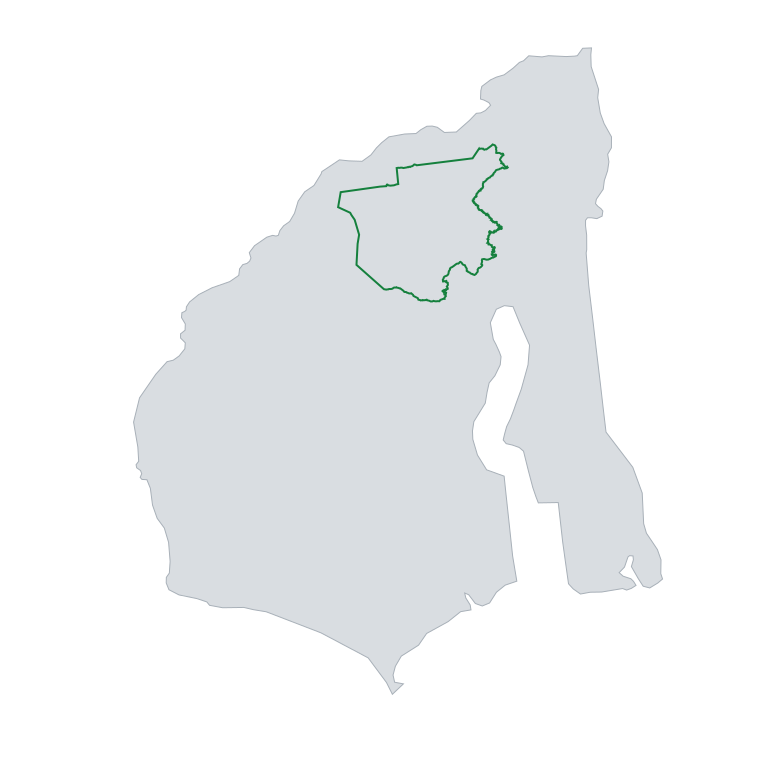 Goudiry, Tambacounda, Senegal shown in context, rotated 263°
{"feature_id": "50182788B18390590381778", "entity_name": "Goudiry", "entity_type": "district", "adm_level": 2, "iso_a3": "SEN", "parent_name": "Senegal", "parent_adm1": "Tambacounda", "projection": "natural_earth1", "projection_center": [-12.97, 13.973], "detail": "fine", "context": "in_parent", "style": "outline", "palette": "green", "viewbox_px": 768, "rotation_deg": 263, "n_neighbors": 0, "source": "geoboundaries", "source_scale": "gbopen_adm2", "svg_char_len": 9091}
<svg xmlns="http://www.w3.org/2000/svg" viewBox="0 0 768 768"><g transform="rotate(263 384 384)"><path d="M602.4,348.2L611.9,367.1L609.8,376.1L607.7,389.4L613.0,399.0L619.3,405.3L623.8,411.1L628.7,419.0L629.6,434.9L628.7,446.3L631.9,451.5L634.6,458.0L634.1,463.4L632.3,468.2L626.3,474.6L625.3,486.5L635.1,500.8L641.4,508.6L641.3,513.1L643.1,518.0L647.7,523.8L650.5,522.4L653.7,517.7L655.1,514.5L663.5,515.9L667.5,517.4L672.9,526.8L674.9,533.0L676.2,540.9L681.8,550.7L686.7,557.6L687.8,561.9L692.1,567.7L689.4,580.7L689.8,587.3L686.8,604.7L686.2,612.9L686.3,615.9L693.0,622.1L692.3,630.9L685.6,629.4L673.8,628.3L650.2,632.9L642.1,631.0L626.6,631.7L615.6,634.2L601.6,639.9L590.7,638.5L584.8,634.0L577.1,634.3L568.4,631.9L559.1,627.5L550.6,625.3L541.5,617.3L537.2,615.9L534.2,618.0L531.6,620.7L529.0,622.3L524.0,620.9L522.2,615.4L523.7,610.2L524.2,606.2L521.9,604.0L516.3,603.3L507.2,603.3L492.7,601.6L489.4,600.6L456.8,599.2L423.0,599.1L394.4,598.9L358.3,598.8L332.9,598.6L309.2,598.5L290.9,609.2L271.0,620.8L244.3,627.0L213.7,624.7L203.9,626.3L193.7,631.5L186.3,635.2L175.7,637.5L162.0,635.6L156.5,636.7L153.1,631.5L149.2,622.9L151.7,616.6L160.0,612.6L172.6,607.3L179.1,610.1L183.0,610.2L183.7,606.8L182.5,605.0L173.0,600.4L168.1,594.4L164.1,597.9L160.6,605.3L157.7,607.6L153.4,609.6L151.0,604.6L149.9,599.7L151.9,595.9L151.0,574.6L152.2,563.3L151.6,553.4L157.6,546.8L163.2,542.8L185.1,542.4L205.5,542.1L225.1,542.3L245.1,542.5L247.2,522.7L253.5,521.1L263.0,519.1L280.6,516.7L300.3,514.3L304.5,510.5L307.8,503.9L309.9,498.0L313.9,495.5L319.4,497.5L326.7,500.5L334.1,505.3L342.7,509.8L348.4,512.6L362.1,519.6L385.5,529.3L404.8,533.2L428.1,526.1L445.0,521.5L447.1,513.0L444.5,504.6L431.9,497.0L414.9,497.9L409.7,499.9L401.7,502.4L396.9,503.5L388.9,501.7L378.7,495.1L372.3,488.5L363.3,485.3L352.7,482.2L335.7,468.6L326.7,466.1L318.3,465.4L302.1,468.1L286.3,475.4L277.9,492.0L262.1,491.7L228.5,491.2L197.6,490.7L172.1,491.8L169.6,479.8L163.6,470.2L153.8,462.1L151.7,454.5L155.0,447.9L164.5,442.4L166.7,438.6L161.7,439.1L154.2,442.6L149.2,442.8L148.7,432.3L140.4,418.8L131.2,395.9L120.6,386.5L111.8,368.0L102.5,360.9L94.0,357.5L86.7,358.2L84.0,366.7L75.0,354.5L87.4,350.1L114.1,334.9L144.7,291.1L172.3,239.3L175.9,227.0L179.3,217.7L181.6,196.6L185.6,183.9L189.3,181.6L193.9,171.9L199.6,154.9L206.0,145.5L213.1,143.6L218.6,144.4L222.5,147.9L234.0,150.1L253.1,150.9L267.8,148.4L278.3,142.5L292.0,139.5L308.9,139.4L317.9,137.0L318.8,132.1L321.0,130.6L324.5,132.6L327.8,131.8L331.0,128.3L334.1,128.1L337.2,131.1L351.4,132.0L376.7,130.8L400.1,139.7L421.5,158.7L432.6,171.4L433.3,177.7L436.8,184.1L443.2,190.6L449.1,191.8L454.4,187.7L458.6,188.2L461.6,193.1L467.8,194.1L474.6,191.1L479.4,192.1L480.3,195.0L481.4,196.6L484.7,197.3L489.2,201.1L495.4,211.1L500.5,225.2L504.4,243.3L509.5,253.1L515.9,254.7L519.7,258.4L520.4,262.7L522.3,265.6L525.3,267.3L530.8,266.3L537.1,272.4L544.0,285.6L545.1,291.6L544.0,294.8L544.4,297.2L549.0,299.4L553.3,303.7L556.8,310.2L564.4,316.0L576.0,321.1L584.4,328.7L589.6,338.7L600.2,347.2L602.4,348.2Z" fill="#d9dde1" stroke="#a8b0b8" stroke-width="1"/><path d="M565.1,360.0L558.1,371.3L555.6,372.3L550.6,374.9L535.2,377.5L526.4,374.9L505.6,371.2L478.1,395.5L477.4,397.8L477.5,398.7L477.4,399.7L477.7,400.6L477.4,402.5L477.6,404.1L478.3,405.1L478.5,405.9L478.3,407.6L478.5,408.1L478.1,408.5L477.5,410.4L477.0,411.0L476.9,411.8L474.2,414.6L472.9,415.4L472.6,417.1L471.9,417.8L471.8,418.3L470.9,419.8L470.6,421.1L470.8,422.0L468.9,423.7L467.8,424.0L465.1,428.0L463.5,428.4L462.9,430.1L462.5,430.5L462.5,431.6L462.3,432.5L462.6,432.7L462.3,433.7L462.2,435.2L462.5,436.6L462.4,436.8L461.9,436.9L461.2,438.9L460.2,440.5L460.1,442.3L460.5,443.2L460.0,444.4L459.7,445.7L459.7,447.2L459.4,449.1L460.7,450.3L460.7,450.8L461.3,453.2L461.1,454.5L462.3,454.6L463.7,456.1L464.7,455.9L465.2,455.2L465.7,456.3L466.9,456.7L467.1,455.6L467.8,456.0L468.0,455.8L468.0,455.3L467.6,454.5L468.3,454.4L468.9,453.4L469.2,453.4L469.5,453.8L469.3,454.7L469.7,454.8L470.1,455.2L469.7,457.0L470.5,457.2L470.3,458.0L470.7,458.9L471.8,458.8L473.0,458.2L474.5,459.5L476.7,459.6L477.1,458.5L477.5,458.1L478.5,458.5L478.7,458.4L478.4,457.5L478.7,456.9L478.5,456.1L478.6,455.1L480.4,455.1L481.2,455.8L481.9,456.2L482.5,456.3L483.3,457.2L483.8,459.3L484.2,460.1L484.9,461.0L486.4,461.7L486.8,461.7L488.0,462.1L489.5,463.4L490.4,463.5L490.9,463.9L491.5,464.9L491.7,465.8L492.1,466.4L492.3,467.0L493.8,469.5L493.9,469.8L494.4,470.5L494.6,471.5L494.4,472.3L494.8,473.1L495.8,474.2L495.9,474.8L494.9,475.8L493.1,476.7L492.7,477.3L491.9,478.9L490.7,479.1L488.4,480.2L486.7,479.9L486.2,479.9L486.0,480.5L485.6,480.5L484.7,481.6L484.2,482.7L483.3,483.3L482.6,484.4L482.4,485.3L482.1,485.4L481.8,485.8L481.2,487.2L482.1,488.8L483.1,489.6L483.8,490.5L484.8,490.9L486.0,490.8L487.2,491.7L487.7,492.4L487.7,493.2L488.4,494.5L489.3,495.6L489.9,496.0L490.3,496.0L491.1,495.2L492.5,495.9L493.7,496.3L494.9,496.2L495.8,496.6L495.9,498.5L494.9,500.9L494.8,502.6L495.4,504.8L495.9,505.8L496.2,506.9L496.2,508.0L496.6,508.7L497.2,510.6L498.3,511.0L498.9,510.6L498.9,508.5L498.4,507.5L499.2,506.7L499.3,506.7L499.1,507.5L499.4,507.8L501.8,507.4L501.8,508.2L501.6,509.3L501.9,509.7L502.6,509.5L503.3,509.7L503.6,509.6L503.6,508.2L503.9,508.2L504.8,509.9L505.8,510.6L506.4,510.4L506.5,510.2L506.1,508.6L507.1,507.7L508.6,507.9L508.9,506.9L509.8,505.8L509.8,505.6L510.0,505.5L509.7,505.0L509.8,504.7L510.2,504.7L510.7,505.0L511.5,504.8L511.6,503.9L512.6,504.7L513.0,504.6L513.6,504.8L514.5,504.9L515.0,504.5L515.1,505.2L515.6,504.9L516.8,505.6L517.0,505.5L517.4,505.7L517.6,505.5L518.1,505.5L519.0,506.7L519.6,506.8L520.1,507.4L520.6,507.2L520.8,507.3L521.2,507.0L521.8,507.3L522.1,506.9L522.4,507.0L522.6,507.4L522.1,508.1L522.5,508.1L522.4,508.3L521.2,508.9L521.5,509.5L521.1,510.5L520.8,510.8L520.9,511.7L521.4,512.4L521.8,511.6L522.1,511.7L522.4,512.0L522.2,512.1L521.8,513.8L522.0,514.0L522.9,514.3L522.9,515.0L523.2,515.4L523.0,515.6L523.3,516.5L523.6,516.7L524.3,516.6L524.3,516.8L524.5,516.9L523.9,517.0L523.6,517.4L523.6,517.6L524.0,518.0L523.6,519.5L523.9,519.8L525.1,519.4L525.5,519.9L526.0,519.5L525.9,518.2L526.2,518.6L526.7,518.1L526.8,517.7L527.2,518.0L527.7,517.8L527.3,517.1L527.3,516.4L527.8,515.9L528.4,516.2L528.7,516.2L529.9,515.7L530.1,515.5L530.0,515.2L530.3,515.0L531.2,515.4L531.3,515.0L531.1,514.4L530.9,514.2L530.7,513.4L531.0,513.1L531.4,513.1L531.4,512.4L531.8,512.6L532.2,512.2L532.5,511.1L532.8,510.9L533.0,511.3L533.5,510.9L533.7,510.5L534.0,511.0L534.4,511.1L534.7,510.4L535.4,510.3L535.9,509.8L535.9,509.4L536.1,509.0L536.8,509.0L537.0,508.8L537.3,508.9L537.7,508.4L538.5,508.4L538.8,508.2L539.2,508.3L539.4,508.2L539.4,507.1L539.0,507.1L538.9,506.9L539.6,506.4L539.5,505.8L539.9,505.7L540.4,506.2L540.4,505.4L541.4,504.8L541.6,504.0L541.9,503.7L542.4,503.9L542.6,503.7L542.5,503.1L543.4,502.6L543.6,502.2L543.8,502.3L543.9,502.8L544.3,502.7L544.5,502.0L544.8,501.8L544.9,500.5L545.2,500.1L545.2,499.7L545.5,499.3L545.7,499.2L545.9,499.3L546.6,499.4L547.2,499.0L547.4,498.6L548.3,498.7L548.7,499.1L549.1,499.0L549.3,499.2L549.8,498.8L549.8,498.2L550.4,498.0L550.7,497.4L550.5,497.0L550.7,496.8L551.0,496.8L551.5,496.5L551.8,496.7L552.0,496.3L552.4,496.1L552.5,495.5L553.1,495.2L553.4,495.5L553.6,495.2L553.9,495.3L554.2,494.8L554.5,494.9L554.7,494.6L555.3,495.0L555.5,494.8L555.6,495.1L555.9,495.3L556.1,495.5L556.4,495.4L556.8,496.0L557.1,495.8L557.3,496.1L558.0,496.6L558.4,497.0L558.5,498.2L558.8,498.6L559.3,498.3L559.7,498.3L560.1,498.5L560.1,498.8L561.5,499.1L561.8,499.9L562.6,500.2L563.0,500.9L563.6,501.3L563.7,502.0L564.2,502.0L564.3,503.4L564.9,503.3L565.2,503.9L565.5,503.7L566.0,504.3L566.1,505.1L566.4,505.2L566.7,506.0L568.1,506.5L568.5,506.3L568.9,506.4L569.4,506.3L569.8,506.5L570.9,506.6L571.4,507.1L572.2,507.2L572.3,508.0L573.1,509.5L574.2,510.8L574.7,510.9L574.8,511.7L575.3,512.0L575.4,512.4L575.8,513.0L576.1,514.4L577.0,515.1L577.4,516.2L577.7,516.6L577.8,517.2L578.3,517.2L578.8,518.1L579.3,518.1L580.3,519.0L580.4,519.3L581.2,520.2L582.5,521.2L582.9,522.7L583.0,524.2L583.6,525.5L583.6,526.3L584.4,527.8L583.7,529.0L583.3,529.4L583.1,530.2L583.4,531.0L583.2,532.1L583.6,532.9L583.8,533.1L584.0,532.8L584.5,532.7L584.3,532.4L584.5,531.5L584.8,531.5L584.9,530.9L585.5,530.4L586.0,530.0L586.4,529.9L586.7,529.4L587.2,529.2L587.5,529.3L587.6,529.0L588.3,528.8L588.4,528.2L588.8,527.3L589.9,527.8L592.2,526.5L592.8,526.5L594.3,527.6L594.7,528.1L595.5,528.5L596.7,530.5L597.3,530.4L598.0,530.2L598.2,529.8L598.1,528.2L598.9,527.4L599.4,526.4L599.5,524.2L599.8,523.5L601.8,524.0L603.4,523.8L605.0,524.3L605.5,523.8L606.4,523.7L607.5,523.0L608.5,521.0L607.5,519.8L604.4,514.3L604.6,513.1L604.3,512.2L604.9,511.2L605.5,511.0L605.8,509.1L605.8,508.1L605.6,507.3L606.1,507.1L597.2,499.4L597.1,443.1L597.6,442.5L598.1,441.2L598.2,440.8L596.8,438.8L596.7,437.5L596.2,436.4L596.6,435.5L596.2,434.7L596.4,433.8L596.2,433.4L596.0,429.5L596.5,428.3L596.7,426.8L596.6,425.9L596.9,424.5L596.8,422.9L580.7,422.5L580.6,420.7L580.0,418.1L580.1,414.4L580.7,412.4L581.5,411.8L581.5,411.1L580.1,410.4L580.4,404.1L579.7,364.4L565.1,360.0Z" fill="none" stroke="#15803d" stroke-width="2"/></g></svg>